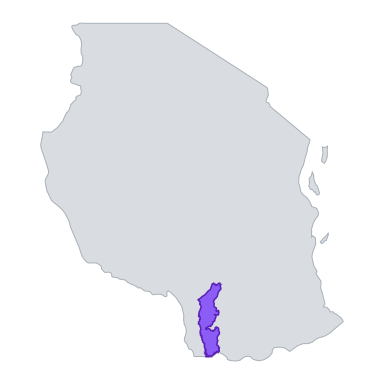 location of Songea, Ruvuma, United Republic of Tanzania
{"feature_id": "72390352B68324313293973", "entity_name": "Songea", "entity_type": "district", "adm_level": 2, "iso_a3": "TZA", "parent_name": "United Republic of Tanzania", "parent_adm1": "Ruvuma", "projection": "natural_earth1", "projection_center": [35.48, -10.415], "detail": "fine", "context": "in_parent", "style": "filled", "palette": "violet", "viewbox_px": 384, "rotation_deg": 0, "n_neighbors": 0, "source": "geoboundaries", "source_scale": "gbopen_adm2", "svg_char_len": 9085}
<svg xmlns="http://www.w3.org/2000/svg" viewBox="0 0 384 384"><path d="M138.8,288.1L134.4,285.4L130.3,283.8L127.1,282.0L125.6,280.2L122.5,279.5L119.8,279.2L117.3,277.6L112.3,277.0L111.7,275.9L111.6,273.5L110.7,272.8L108.9,272.2L106.9,272.2L105.7,272.6L105.0,272.4L103.3,271.0L101.8,269.1L101.2,266.2L98.9,264.4L96.2,262.9L88.7,263.0L87.6,262.6L85.8,261.1L83.7,258.7L82.0,255.9L80.6,252.1L79.0,247.0L70.4,226.8L69.6,222.9L67.9,218.7L65.1,213.4L62.2,209.6L58.3,206.0L53.8,202.5L51.4,200.2L46.8,190.6L45.9,186.1L45.1,181.5L45.4,179.6L48.3,173.7L48.6,172.0L48.2,169.7L46.8,165.0L45.0,159.2L41.3,148.7L40.8,146.0L40.8,144.0L42.9,133.3L42.9,131.9L51.5,132.1L57.7,127.4L63.1,120.4L64.2,117.5L66.4,113.0L68.6,110.8L69.4,109.2L70.7,104.7L73.5,101.7L76.3,99.4L75.7,97.7L76.1,97.1L77.6,95.9L80.6,94.8L81.2,92.5L81.2,89.9L80.7,88.4L80.8,86.7L80.3,85.7L78.4,85.5L75.5,84.2L73.1,83.6L71.5,82.8L70.9,82.2L70.6,80.7L71.9,76.6L70.6,74.9L73.6,68.1L74.1,67.3L75.2,67.2L76.9,66.5L78.5,66.1L79.8,66.4L80.8,66.1L81.6,65.4L82.3,63.1L82.9,59.2L82.6,56.1L81.3,53.7L81.0,50.0L81.6,45.0L81.2,40.9L79.8,37.6L78.4,35.7L76.2,34.8L72.9,29.8L71.8,27.3L72.0,25.8L73.2,25.2L75.3,25.4L77.3,24.8L79.2,23.4L81.0,23.0L82.0,23.3L167.4,23.3L267.1,87.6L267.5,88.4L268.3,94.0L268.1,95.8L266.6,99.0L266.1,100.7L266.1,101.9L266.5,102.3L267.8,102.5L268.9,103.2L269.3,103.8L270.2,106.2L271.3,107.4L309.1,139.0L310.0,139.5L309.5,142.2L307.3,148.6L307.2,151.3L306.3,154.4L305.5,156.5L303.3,165.5L301.5,168.9L299.0,176.9L298.6,182.9L300.0,187.2L300.5,191.2L303.4,195.1L305.7,196.5L307.3,198.2L310.1,202.3L311.7,206.4L316.7,208.4L318.7,213.0L317.9,216.1L315.6,218.8L313.4,223.0L311.6,228.6L311.6,237.1L312.8,235.8L315.4,237.9L315.7,244.1L313.0,251.4L312.1,254.8L312.0,257.7L314.0,266.5L317.0,270.9L316.7,272.3L315.9,273.5L321.1,281.4L320.6,288.2L322.5,293.5L323.4,298.1L324.6,301.7L324.9,304.1L323.3,306.8L327.0,307.5L329.2,309.7L330.3,311.9L333.0,311.8L334.4,313.2L336.5,314.4L341.2,318.0L342.5,319.8L343.2,321.5L330.3,332.7L325.7,335.6L322.3,336.9L318.8,337.7L315.4,339.5L312.2,342.2L308.1,343.6L303.2,343.6L297.9,345.6L289.7,351.4L285.0,348.2L281.2,347.2L276.9,347.3L274.3,347.7L273.3,348.4L272.5,350.3L271.8,353.6L269.0,356.7L264.0,359.7L259.4,360.8L255.3,360.0L252.4,358.8L250.9,357.0L248.8,356.3L245.9,356.4L243.2,357.6L240.5,360.0L236.3,361.0L230.6,360.6L227.5,359.5L227.0,357.6L224.5,355.3L219.9,352.7L216.5,352.7L214.3,355.2L212.3,356.7L210.5,357.4L208.9,357.4L206.5,356.8L200.2,356.5L194.1,356.6L193.5,353.0L192.3,350.8L191.2,349.5L189.1,349.1L188.5,348.1L187.8,345.9L186.8,344.0L185.4,342.4L184.6,340.9L184.3,339.5L184.5,338.1L185.8,334.4L186.2,331.8L186.1,329.2L185.4,326.6L183.9,323.4L184.1,322.5L183.6,320.3L183.6,318.8L183.8,316.9L183.6,314.4L182.3,309.1L182.3,307.8L181.0,305.2L177.0,299.1L176.8,298.4L170.5,292.2L168.0,290.9L167.1,292.0L166.7,293.1L167.0,295.1L166.8,296.0L166.6,296.5L165.1,296.4L164.1,296.2L161.8,294.5L159.9,294.1L155.3,294.4L153.7,294.8L152.4,294.5L149.9,291.7L147.1,291.1L144.5,290.9L140.3,287.7L138.8,288.1ZM317.4,186.2L319.5,192.9L319.2,194.2L317.7,195.0L316.9,195.0L316.0,193.9L315.4,191.7L314.3,192.2L312.4,189.5L310.5,189.4L308.8,186.2L309.5,183.3L309.1,178.5L311.2,176.1L312.3,172.0L313.6,174.8L313.9,179.2L315.7,184.4L317.4,186.2ZM327.5,146.2L327.6,147.8L327.2,149.3L327.3,154.1L327.1,157.3L325.6,161.6L324.3,163.2L323.2,162.7L322.2,162.0L321.5,160.8L323.0,152.8L322.3,146.9L325.2,147.5L327.5,146.2ZM323.1,243.0L321.6,243.5L321.0,243.1L320.2,241.7L321.7,240.6L323.2,238.4L326.8,235.3L328.4,232.7L328.2,235.2L326.2,240.6L324.5,241.0L323.1,243.0Z" fill="#d9dde1" stroke="#a8b0b8" stroke-width="1"/><path d="M209.4,290.2L207.4,291.8L207.1,292.4L205.6,294.0L205.0,294.9L204.7,295.2L204.2,295.2L201.8,296.8L201.1,297.6L200.1,298.3L199.4,299.1L199.0,299.1L198.9,299.4L198.1,299.7L198.6,300.4L198.8,300.4L199.2,300.8L199.2,301.2L199.8,301.5L200.0,301.7L200.1,302.3L199.8,303.2L199.9,303.5L199.7,304.1L200.0,304.3L200.1,304.6L200.3,304.7L200.3,304.9L200.5,305.0L200.6,305.5L200.8,305.7L201.0,306.1L201.1,306.5L201.0,307.6L200.6,308.3L200.4,309.3L200.1,309.7L199.9,310.6L199.4,311.3L198.9,312.8L199.0,314.2L198.8,314.6L198.9,314.8L199.2,314.7L199.2,315.1L198.7,315.4L198.6,315.8L198.8,315.9L198.7,316.1L199.0,316.3L199.1,316.9L199.7,316.8L200.0,316.9L199.8,317.3L200.0,317.7L200.3,318.1L200.1,318.8L200.2,319.1L199.9,319.1L199.7,319.5L199.4,319.8L199.5,320.3L199.5,320.7L199.5,321.1L199.3,321.6L198.6,321.9L198.8,323.3L198.5,323.4L198.5,324.0L198.8,324.0L199.6,324.7L200.2,326.5L200.7,328.4L200.7,329.1L200.8,329.7L200.1,330.9L200.3,331.5L200.2,332.3L200.1,332.5L200.3,332.6L200.2,332.8L200.4,332.9L200.5,333.4L200.4,333.5L200.8,334.2L200.8,334.5L200.6,334.4L200.4,334.5L200.5,335.0L200.8,334.8L200.9,335.0L201.3,336.1L201.5,336.1L201.3,336.3L201.5,336.6L201.4,336.9L201.6,336.9L201.9,337.1L201.8,337.3L201.9,337.6L201.9,338.0L202.0,338.3L202.2,338.7L201.9,339.0L202.0,339.2L202.0,339.7L202.3,339.7L202.4,340.3L202.8,341.1L202.7,341.5L202.9,342.1L203.0,342.4L202.9,342.4L203.0,342.4L203.2,342.8L203.2,342.5L203.6,342.5L203.7,342.8L203.8,342.9L203.9,343.1L204.1,343.1L204.3,343.6L204.2,343.8L204.4,344.1L204.6,344.1L204.5,344.3L204.5,344.9L204.6,345.1L204.4,345.2L204.5,345.4L204.5,345.7L204.6,345.9L204.6,346.1L204.4,346.0L204.3,346.6L204.5,347.0L204.6,347.5L204.7,347.9L205.0,348.4L204.9,348.7L204.9,348.9L205.4,349.0L205.5,349.6L205.8,349.6L205.8,349.9L205.7,349.9L205.6,350.1L205.8,350.3L205.8,351.0L205.7,351.1L205.7,351.3L205.4,351.3L205.7,351.7L205.3,351.8L205.4,352.2L205.5,352.3L205.6,352.1L205.8,352.5L205.6,352.6L205.4,352.6L205.8,352.9L205.5,352.9L205.4,353.0L205.6,353.0L205.7,353.7L205.9,353.8L205.7,354.0L205.9,354.0L206.3,354.2L206.2,354.5L206.5,354.6L206.5,354.9L206.7,355.1L206.9,355.1L206.8,355.3L206.3,355.4L206.4,355.5L206.4,355.8L206.1,356.1L205.8,356.5L206.1,356.6L206.3,356.7L206.5,356.4L206.5,356.5L206.9,356.7L207.3,356.5L207.4,356.4L207.2,356.1L207.3,356.0L208.0,356.0L208.0,356.6L208.3,356.7L208.7,356.5L208.5,356.2L208.8,355.9L209.0,356.2L209.3,356.3L209.4,356.1L209.7,356.2L210.0,355.7L210.2,355.9L210.6,356.1L211.6,355.9L211.8,356.2L212.0,355.8L213.1,355.0L213.3,354.5L213.6,354.5L213.7,354.2L213.7,353.9L213.6,353.6L213.9,353.5L214.3,353.6L214.4,353.2L214.6,353.5L214.8,353.3L215.1,353.3L215.2,353.5L215.2,353.1L215.3,353.1L215.3,353.3L215.7,352.9L215.7,352.7L216.0,352.7L215.9,352.4L216.0,352.5L216.2,352.3L216.2,352.2L216.5,352.2L216.4,351.8L216.8,351.5L217.3,351.5L217.8,351.4L217.7,351.6L217.5,352.0L217.9,352.2L217.8,351.9L218.0,352.0L218.0,351.7L217.9,351.6L218.4,351.5L218.7,351.2L219.2,351.3L219.3,351.0L218.9,350.6L219.0,350.3L218.8,350.3L218.9,349.9L219.1,349.9L219.1,349.5L218.9,349.4L219.0,349.0L218.9,349.1L218.8,348.9L218.8,348.6L218.6,348.6L218.8,348.5L218.7,348.3L218.9,348.0L218.7,347.9L218.8,347.7L218.7,347.8L218.5,347.6L218.5,347.2L218.8,347.2L218.6,346.9L218.6,346.6L218.2,345.7L217.8,345.7L217.7,345.5L217.4,345.1L216.9,345.0L216.8,344.2L216.6,344.0L216.6,343.8L217.4,342.8L217.3,342.3L217.2,342.0L217.4,341.3L217.6,341.2L217.9,340.6L217.6,340.4L217.3,339.9L217.3,338.4L217.1,338.0L217.2,337.0L217.3,336.6L217.7,336.2L217.8,335.8L218.1,335.6L218.2,335.3L219.3,334.1L219.4,333.1L219.4,331.9L218.5,330.7L218.5,329.9L218.7,329.5L218.7,329.1L218.4,328.3L217.9,327.6L217.4,327.4L216.8,327.4L216.3,327.8L216.2,327.1L215.6,327.3L215.1,327.9L215.2,329.1L215.3,329.1L214.3,330.1L213.8,330.2L213.8,330.6L213.7,331.1L212.8,331.1L212.9,330.5L212.0,330.4L210.7,330.5L209.4,328.5L208.8,328.5L208.2,328.9L207.5,329.0L206.8,329.4L206.5,329.1L205.7,329.0L205.8,328.1L206.3,327.8L206.8,327.7L207.9,327.0L208.4,326.5L208.4,326.3L210.7,326.4L210.8,325.8L211.0,325.8L211.0,325.3L211.3,324.8L212.0,324.8L212.3,324.6L212.5,324.1L212.8,322.8L213.1,322.4L212.7,321.9L213.8,321.5L213.9,321.3L214.4,321.2L214.6,321.0L214.5,320.6L214.9,320.1L214.8,319.9L214.9,319.7L214.8,319.4L214.9,319.1L215.0,318.8L215.4,318.5L215.7,317.1L216.0,316.7L216.0,315.8L215.8,315.4L215.2,315.3L215.2,315.1L215.1,314.8L215.3,314.8L215.1,314.7L215.6,314.6L215.8,314.8L216.5,314.8L217.2,315.0L218.0,315.0L218.5,314.7L218.5,313.4L218.7,313.0L218.6,312.7L218.8,312.7L218.7,311.1L218.5,310.6L218.2,310.5L217.6,310.7L217.1,311.2L216.7,311.3L216.3,311.1L216.3,310.6L216.1,310.4L216.2,309.7L216.5,309.2L216.4,308.9L216.4,308.1L214.9,307.1L214.6,306.8L214.2,306.7L214.0,305.0L214.2,303.5L213.8,302.7L213.8,301.9L213.7,301.7L213.5,301.4L213.7,300.6L214.1,300.3L214.2,299.8L214.5,299.6L214.5,299.3L214.7,299.2L215.0,298.9L215.3,298.7L216.2,297.8L216.6,297.2L217.2,296.5L217.4,295.5L218.0,293.6L218.1,292.8L218.9,291.4L219.2,291.1L219.3,290.5L219.4,290.3L220.0,289.9L220.4,289.5L220.5,289.6L220.8,289.0L220.9,288.8L220.8,288.6L220.8,288.0L220.7,287.4L220.2,286.3L220.1,285.8L220.3,285.5L220.1,285.6L220.0,285.0L220.1,284.5L220.0,283.9L220.1,283.7L219.9,283.2L219.6,283.1L218.8,283.2L218.0,283.9L217.7,284.4L217.1,284.7L216.9,285.0L216.6,285.3L216.2,285.4L216.1,285.0L215.8,284.9L215.7,284.8L215.7,284.6L215.4,284.7L215.0,284.5L215.0,284.4L214.8,284.5L214.3,284.2L214.2,284.3L213.9,283.8L213.7,283.2L213.0,283.7L212.3,283.9L210.3,289.6L209.4,290.2Z" fill="#8b5cf6" stroke="#5b21b6" stroke-width="1.5"/></svg>